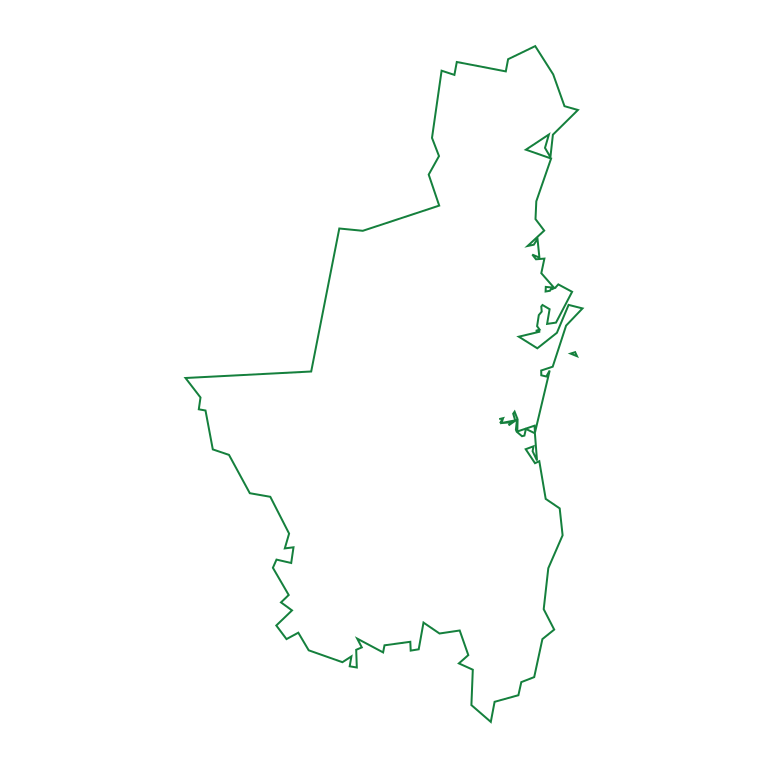 Break O'Day, Tasmania, Australia (Albers equal-area conic projection)
{"feature_id": "25037944B7589359748935", "entity_name": "Break O'Day", "entity_type": "district", "adm_level": 2, "iso_a3": "AUS", "parent_name": "Australia", "parent_adm1": "Tasmania", "projection": "albers", "projection_center": [148.247, -41.391], "detail": "medium", "context": "isolated", "style": "outline", "palette": "green", "viewbox_px": 768, "rotation_deg": 0, "n_neighbors": 0, "source": "geoboundaries", "source_scale": "gbopen_adm2", "svg_char_len": 1920}
<svg xmlns="http://www.w3.org/2000/svg" viewBox="0 0 768 768"><path d="M535.2,46.1L508.1,59.2L505.8,71.4L456.8,62.0L454.4,74.9L441.6,70.7L432.0,137.9L439.0,156.1L428.7,174.6L439.2,205.6L362.8,230.8L339.3,228.5L311.2,371.5L185.5,378.0L200.5,397.5L198.8,409.3L205.5,410.5L212.8,449.4L229.0,454.9L249.8,493.2L270.3,496.8L289.1,533.6L284.8,548.4L293.5,547.3L291.2,563.0L276.5,559.6L272.9,567.8L288.7,595.0L281.0,602.4L292.0,610.4L276.3,625.5L286.5,639.1L298.3,632.7L308.7,650.3L342.4,662.2L351.4,656.4L349.7,666.3L356.8,667.5L356.2,649.8L361.8,647.4L357.2,638.6L383.1,652.4L384.5,645.3L410.3,641.8L410.7,650.6L418.7,649.3L423.5,622.6L439.5,633.5L459.7,630.5L468.3,655.1L458.9,663.4L472.8,669.7L471.4,705.1L490.8,721.9L494.6,701.8L518.4,695.2L521.3,682.1L534.2,677.1L542.4,639.1L554.2,629.6L543.7,609.2L548.3,568.2L562.6,535.3L559.7,508.4L545.7,498.9L539.3,461.2L535.0,463.2L525.7,449.2L533.5,446.3L532.6,451.2L537.0,460.5L534.9,433.3L525.9,428.9L524.4,435.6L522.0,436.2L516.7,431.7L515.9,429.7L517.0,419.5L508.7,425.3L510.5,422.3L501.1,423.1L500.5,422.5L503.0,418.2L499.2,419.1L503.1,418.2L501.5,423.0L515.2,420.4L513.2,413.7L514.6,411.7L517.6,419.4L517.3,431.5L534.5,425.7L535.0,432.4L549.7,370.5L546.3,376.5L541.3,375.3L541.2,370.5L552.7,366.7L566.1,325.6L582.5,308.4L568.6,304.9L556.9,332.8L537.3,348.3L518.8,336.7L540.1,331.6L535.8,330.8L539.6,329.6L537.1,326.2L538.8,315.1L541.7,311.6L541.3,306.5L542.5,305.0L549.6,309.2L547.1,323.9L556.0,322.6L572.1,291.8L558.3,284.4L555.4,287.6L552.2,289.1L551.7,288.4L551.8,287.7L549.9,290.8L545.6,291.5L545.8,286.9L554.0,287.7L541.3,273.2L544.4,258.6L536.0,259.3L532.3,254.6L539.4,257.6L537.5,238.9L533.8,244.7L527.6,246.0L544.2,230.6L535.5,219.1L536.3,201.3L551.1,158.5L525.9,149.7L548.9,134.5L545.0,147.9L550.4,157.2L552.9,134.7L577.9,110.0L564.5,106.2L553.2,74.4L535.2,46.1ZM570.6,353.6L577.0,356.2L575.1,352.1L570.6,353.6Z" fill="none" stroke="#15803d" stroke-width="2"/></svg>